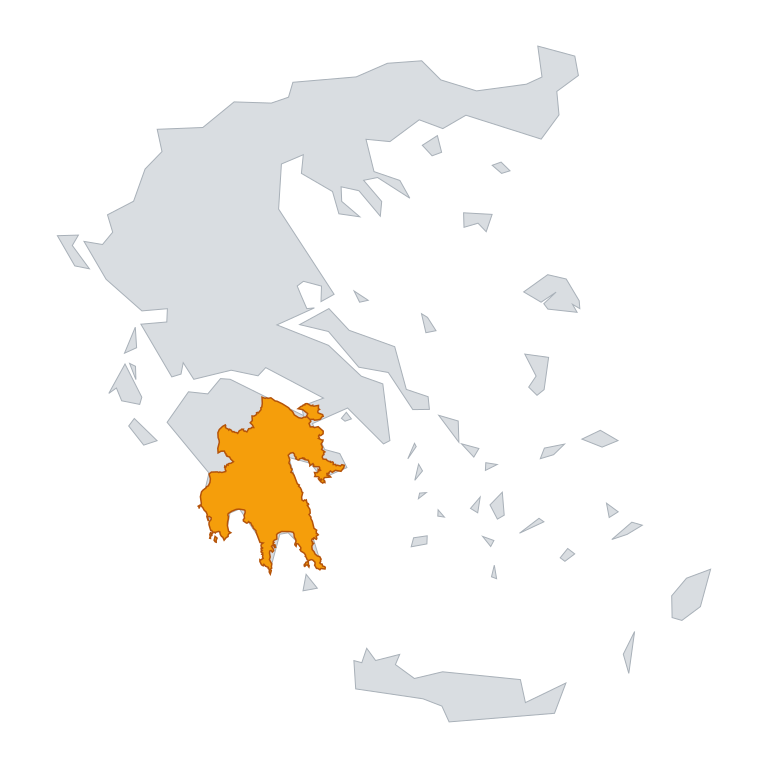 Peloponnisoy, Peloponnisos, Greece (highlighted)
{"feature_id": "26713481B43531359458460", "entity_name": "Peloponnisoy", "entity_type": "district", "adm_level": 2, "iso_a3": "GRC", "parent_name": "Greece", "parent_adm1": "Peloponnisos", "projection": "equal_earth", "projection_center": [22.613, 37.264], "detail": "fine", "context": "in_parent", "style": "filled", "palette": "amber", "viewbox_px": 768, "rotation_deg": 0, "n_neighbors": 0, "source": "geoboundaries", "source_scale": "gbopen_adm2", "svg_char_len": 9815}
<svg xmlns="http://www.w3.org/2000/svg" viewBox="0 0 768 768"><path d="M537.8,46.1L574.8,56.1L578.4,75.5L556.8,91.4L559.0,114.9L541.2,139.1L465.9,115.2L442.8,128.6L419.2,119.8L389.9,141.6L366.0,139.3L374.0,171.6L399.9,180.5L409.8,198.2L377.5,177.5L363.6,180.3L381.7,201.5L380.3,216.2L358.9,190.7L341.1,186.8L341.7,201.4L359.8,216.8L338.9,213.8L332.5,191.5L301.4,173.4L303.3,154.7L281.4,164.0L278.6,209.1L334.1,294.3L321.0,301.6L321.5,286.1L303.4,281.3L297.2,286.0L300.8,294.8L306.8,308.6L314.4,307.9L276.9,324.9L328.6,345.4L361.3,376.2L382.8,383.9L389.9,440.6L383.5,443.9L347.6,408.0L312.4,423.6L324.7,449.5L339.8,453.6L346.9,467.6L322.0,478.3L310.8,463.4L288.7,457.4L322.1,567.8L288.2,532.8L279.8,534.2L270.7,567.9L266.0,565.0L262.1,542.1L239.5,509.0L230.0,513.0L225.1,538.5L213.3,525.8L201.6,503.8L209.0,473.0L167.1,422.3L188.5,391.8L207.8,393.9L220.5,378.6L230.2,379.3L303.5,415.6L301.5,406.3L323.5,398.1L265.7,367.6L258.0,375.8L231.1,370.2L193.8,379.3L183.2,362.7L181.0,374.1L171.8,376.9L140.9,324.2L166.8,322.0L167.4,308.7L141.9,310.9L106.1,279.3L84.0,241.4L102.5,244.5L112.7,232.2L107.5,214.8L133.6,201.2L145.1,169.0L162.0,151.6L157.2,129.3L202.8,127.5L234.1,101.9L271.3,103.1L288.5,97.2L292.9,82.3L356.2,76.9L387.4,63.3L421.7,60.8L440.8,79.9L476.5,90.9L526.4,84.2L542.0,77.0L537.8,46.1ZM375.6,660.5L399.7,654.4L395.4,664.6L414.4,678.5L442.6,671.8L520.4,679.6L525.4,702.6L565.9,683.0L554.5,713.3L449.1,721.9L441.9,706.1L423.0,698.8L355.7,688.9L353.9,660.6L361.8,662.7L366.7,648.3L375.6,660.5ZM328.9,308.6L349.1,330.3L394.7,346.7L406.3,389.4L428.1,396.7L429.4,409.4L412.8,409.6L388.3,372.5L358.8,367.2L328.5,331.5L299.6,324.6L328.9,308.6ZM566.2,279.0L579.2,300.8L579.8,308.6L572.5,304.3L577.1,312.3L547.9,309.1L543.8,303.7L556.1,292.1L541.1,302.2L523.7,291.9L547.7,274.7L566.2,279.0ZM681.9,620.4L672.1,617.6L671.7,595.8L686.5,578.2L710.6,569.2L700.4,606.6L681.9,620.4ZM544.1,389.6L537.0,395.3L528.7,387.1L536.1,376.1L524.8,354.1L548.6,357.4L544.1,389.6ZM125.0,364.0L141.8,397.2L139.7,404.4L121.7,400.8L116.4,388.0L108.8,393.4L125.0,364.0ZM89.4,268.8L74.8,265.9L57.4,235.7L78.4,235.1L72.3,245.5L89.4,268.8ZM492.1,214.4L486.2,231.7L478.0,223.2L464.0,227.3L463.6,212.8L492.1,214.4ZM600.3,430.3L618.0,440.6L602.1,447.1L581.9,439.1L600.3,430.3ZM441.6,152.3L432.1,155.8L422.3,145.3L437.4,135.6L441.6,152.3ZM134.3,418.5L157.1,440.7L143.7,445.1L128.7,426.0L134.3,418.5ZM504.2,515.2L497.4,519.1L490.0,504.9L502.3,492.2L504.2,515.2ZM458.2,421.0L458.9,442.3L438.7,415.3L458.2,421.0ZM634.6,631.5L628.8,673.4L623.3,654.2L634.6,631.5ZM136.6,347.7L124.5,353.2L135.3,327.2L136.6,347.7ZM317.3,588.2L303.0,590.8L306.1,574.3L317.3,588.2ZM611.8,539.5L631.8,522.2L642.3,525.2L627.1,534.4L611.8,539.5ZM540.3,458.7L544.4,448.1L564.5,444.1L553.6,454.7L540.3,458.7ZM480.2,497.0L477.7,512.8L470.5,508.4L480.2,497.0ZM478.9,448.5L473.8,457.1L461.5,443.8L478.9,448.5ZM436.0,330.7L425.9,332.7L421.5,313.7L427.5,317.4L436.0,330.7ZM510.0,170.8L501.6,173.4L492.2,165.3L501.1,162.1L510.0,170.8ZM427.2,535.8L426.9,543.9L411.2,546.8L413.6,537.8L427.2,535.8ZM543.9,521.8L519.5,533.2L539.0,518.3L543.9,521.8ZM416.2,446.6L407.8,458.8L414.5,443.3L416.2,446.6ZM497.2,464.5L485.4,470.4L485.8,462.7L497.2,464.5ZM574.7,553.9L564.9,561.3L560.2,557.8L567.7,548.5L574.7,553.9ZM618.2,511.8L609.2,517.5L606.5,503.2L618.2,511.8ZM422.5,470.9L414.8,480.3L418.6,464.1L422.5,470.9ZM135.5,366.3L135.9,379.6L129.6,363.4L135.5,366.3ZM493.9,540.5L490.7,546.5L482.6,536.4L493.9,540.5ZM368.2,300.3L359.6,302.2L354.1,291.0L368.2,300.3ZM351.4,418.9L345.0,421.2L341.4,418.3L346.3,412.3L351.4,418.9ZM426.3,492.6L418.4,498.7L419.6,493.1L426.3,492.6ZM494.3,565.2L496.6,578.7L491.5,576.8L494.3,565.2ZM444.4,517.1L437.8,516.1L438.1,509.8L444.4,517.1Z" fill="#d9dde1" stroke="#a8b0b8" stroke-width="1"/><path d="M209.1,473.9L210.4,478.7L210.0,482.4L208.3,485.9L206.7,486.6L206.2,487.7L202.9,490.2L201.5,491.9L200.4,496.7L201.3,503.1L201.1,505.8L202.8,507.7L204.3,510.4L206.1,511.9L207.3,514.7L206.9,516.1L207.2,517.0L209.2,516.4L211.2,517.7L211.1,519.6L209.8,521.0L209.0,522.7L209.0,524.7L210.7,530.4L211.7,530.5L212.5,532.2L214.3,532.2L215.3,533.0L215.8,532.2L218.7,531.4L219.8,531.8L220.3,534.5L221.6,536.5L222.8,537.2L224.1,540.2L226.1,537.7L228.1,536.5L228.1,535.0L228.7,533.9L230.8,532.7L228.6,531.3L227.4,525.6L227.6,521.7L228.3,519.0L228.4,516.3L227.8,515.2L228.2,513.6L231.6,511.3L236.1,509.4L239.0,509.1L244.2,509.9L245.0,510.4L245.2,512.5L244.1,515.4L244.5,518.3L243.3,519.6L243.4,521.0L246.5,523.1L247.3,523.0L248.7,521.6L249.5,522.6L250.6,522.7L252.1,525.9L252.8,526.2L253.2,528.0L256.0,530.7L256.0,531.9L260.0,542.5L263.1,543.0L261.3,544.4L261.0,545.6L261.5,547.3L262.6,547.8L262.5,548.5L261.1,548.5L261.3,550.2L262.1,550.7L261.1,551.4L261.2,552.2L262.8,553.1L261.8,554.3L262.9,554.9L262.5,557.0L263.2,558.3L260.5,560.1L259.9,559.7L259.9,561.5L261.5,564.8L263.2,565.8L263.9,564.4L265.5,566.2L268.4,567.4L268.2,568.5L269.4,569.5L269.2,572.0L270.3,574.1L271.3,570.6L270.3,569.2L271.7,568.2L271.4,566.6L271.8,563.9L269.4,559.6L270.2,557.0L269.5,553.1L269.7,551.1L271.1,550.4L272.3,552.1L273.7,550.7L273.5,549.5L271.5,546.3L272.4,545.4L274.0,546.0L274.6,547.6L275.5,547.3L275.0,546.3L275.2,545.1L273.3,544.3L273.1,543.2L273.9,542.6L273.3,542.1L273.3,541.4L274.4,540.1L276.9,539.0L276.6,534.6L277.8,533.3L281.6,531.5L290.4,531.6L293.2,532.3L294.0,534.0L294.3,537.2L295.5,539.0L296.1,541.1L294.8,544.2L295.0,545.1L296.1,546.3L296.7,543.6L298.1,543.9L300.8,547.5L300.8,549.1L300.0,549.5L300.3,550.1L301.0,551.2L303.9,552.9L305.1,554.4L305.6,555.3L305.2,556.3L306.1,557.1L307.2,559.8L308.7,560.6L311.1,559.6L312.7,560.0L314.9,562.1L315.1,564.1L314.6,565.1L316.5,568.4L318.0,568.5L319.9,569.8L320.9,568.5L325.0,569.0L325.3,567.6L324.8,566.7L322.6,566.0L322.1,564.1L320.9,564.0L319.7,562.9L320.7,561.3L320.5,559.9L321.1,559.2L319.7,556.6L317.4,556.0L315.0,553.9L314.1,551.8L312.2,549.6L311.8,546.6L312.1,545.3L312.8,544.6L312.8,543.7L314.4,543.2L312.9,543.5L312.3,543.0L312.7,542.0L311.6,541.0L311.9,539.3L312.5,538.8L313.3,539.2L313.6,537.9L314.2,537.7L315.0,538.7L316.4,539.3L316.8,538.5L316.2,536.2L318.3,534.8L317.4,533.8L315.6,533.4L316.6,533.6L316.2,531.4L316.7,530.2L314.0,528.3L312.3,521.3L310.8,518.4L311.0,517.2L309.0,514.5L310.2,513.2L309.9,509.4L307.3,505.2L308.6,504.6L308.4,503.8L306.9,502.8L306.3,499.9L305.4,500.4L304.5,500.0L303.5,501.0L301.9,499.9L301.6,497.0L302.8,492.5L301.7,491.8L301.5,490.1L300.3,487.7L298.6,486.2L299.3,485.0L297.4,483.9L294.2,475.6L292.5,472.9L290.9,472.4L292.1,469.2L290.8,467.8L290.4,465.3L288.9,463.0L289.8,459.8L288.2,455.2L290.4,453.1L293.0,452.6L294.5,454.2L294.4,455.3L295.3,456.9L296.1,457.1L296.2,457.9L295.7,458.4L296.0,458.8L298.1,460.0L298.8,460.0L299.7,458.8L301.9,458.3L304.2,459.2L303.5,458.2L301.9,457.8L304.2,458.1L305.0,458.9L304.8,459.6L308.2,460.2L310.0,464.6L309.9,465.7L312.9,463.6L313.8,465.0L313.3,466.0L314.0,466.6L319.0,466.7L319.7,467.8L319.7,469.6L320.5,470.2L319.6,470.7L318.2,469.4L318.1,471.7L317.2,472.7L314.5,472.5L315.3,475.1L314.7,476.5L318.1,476.7L319.2,477.5L319.0,478.5L318.4,478.8L319.4,480.2L321.1,479.0L321.6,479.9L320.1,480.6L320.5,481.6L322.8,483.1L323.6,482.2L324.9,482.6L324.8,481.1L323.3,479.4L324.4,477.6L330.7,477.0L329.9,476.1L328.6,476.3L328.3,475.8L328.8,475.2L328.2,474.9L327.1,475.2L326.9,473.5L329.6,473.2L328.5,473.0L330.4,471.0L332.3,472.3L335.4,470.3L341.0,471.3L343.8,467.6L344.3,465.3L341.8,464.7L340.5,466.0L337.4,465.2L336.1,465.7L335.6,464.4L333.2,464.5L333.3,462.7L332.7,461.9L330.5,462.3L330.4,461.4L328.8,461.4L326.8,460.2L326.4,459.4L323.1,459.1L322.2,457.1L322.7,455.4L323.9,454.6L323.7,452.6L324.9,451.9L321.6,449.4L322.6,447.3L321.1,444.0L322.8,441.3L323.0,440.0L321.8,440.0L318.7,438.5L319.4,438.2L318.5,436.0L319.3,434.9L319.6,435.5L320.7,435.6L323.1,433.8L323.2,431.1L318.2,426.7L314.4,427.6L313.0,426.8L310.3,426.9L309.0,423.4L310.8,421.5L310.3,419.9L306.4,416.2L305.7,417.2L303.9,417.1L301.8,418.3L298.7,417.7L294.3,414.9L292.5,411.5L289.9,409.5L288.7,407.8L282.3,403.8L277.0,401.2L275.2,401.0L270.9,397.8L268.0,398.4L266.2,397.8L265.2,398.4L262.0,397.2L262.3,403.5L261.8,407.0L260.9,407.7L261.0,409.7L258.3,412.9L257.4,412.4L256.5,412.8L256.7,414.1L255.8,415.1L254.0,416.1L252.0,416.0L252.3,420.6L250.2,422.8L252.4,424.9L253.7,427.5L251.6,427.5L251.0,428.4L248.7,428.7L246.9,431.9L245.1,431.0L244.3,431.3L243.2,430.0L243.5,429.2L241.5,429.2L241.0,430.0L239.4,430.6L237.7,433.4L236.7,432.6L234.4,432.3L234.0,431.6L232.3,431.8L231.4,430.3L229.6,429.2L228.8,430.1L228.1,429.0L226.2,428.2L225.4,427.2L225.7,425.7L225.3,424.9L222.6,426.4L219.3,429.5L217.9,432.7L218.1,437.5L219.1,440.3L219.3,442.4L217.8,448.3L218.1,452.9L221.0,451.2L224.3,451.1L225.4,453.5L226.0,453.9L226.0,454.9L226.9,455.4L226.9,456.2L229.6,457.0L230.8,459.2L233.5,461.7L230.9,463.3L229.0,463.5L227.7,464.3L227.9,465.0L226.9,464.6L225.9,466.9L224.8,466.1L224.6,467.4L225.0,467.6L225.3,469.9L225.9,470.6L225.7,471.5L221.9,472.5L219.7,472.0L218.9,472.5L217.3,471.9L211.4,472.1L209.1,473.9ZM318.5,405.4L313.9,406.2L312.7,405.8L312.7,405.2L311.1,405.8L307.2,403.6L305.7,403.7L304.9,404.1L304.9,404.8L303.2,405.0L302.5,406.0L300.9,406.5L298.1,408.7L302.7,409.7L307.7,413.6L306.6,416.3L309.9,419.4L313.6,419.3L314.4,420.2L317.4,419.9L320.2,419.3L322.2,416.6L323.2,416.3L322.6,414.6L318.3,413.0L317.7,411.9L318.2,410.1L319.5,409.4L318.4,408.5L318.5,405.4ZM308.5,564.7L308.3,561.4L305.9,562.3L305.4,563.6L304.3,564.4L304.2,565.9L304.8,566.4L306.0,565.1L307.4,564.9L308.9,567.0L309.2,565.7L308.5,564.7ZM216.2,542.2L216.2,540.2L217.1,538.1L215.1,536.4L214.1,540.3L215.3,541.9L216.2,542.2ZM212.4,533.7L210.5,532.7L209.8,534.7L210.2,536.4L209.7,538.2L210.5,538.4L210.4,536.3L211.9,535.5L211.6,534.3L212.4,533.7ZM199.8,506.5L199.7,505.3L198.2,506.2L199.0,507.0L199.0,508.5L199.8,506.5ZM208.3,521.1L208.4,519.7L207.6,517.1L207.0,517.1L208.3,521.1Z" fill="#f59e0b" stroke="#b45309" stroke-width="1.5"/></svg>